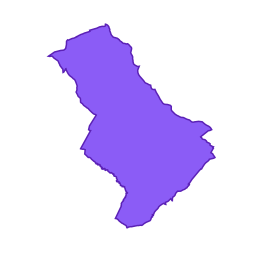 Davidesti, Arges, Romania (Mercator projection), rotated 100°
{"feature_id": "2599482B43743362823664", "entity_name": "Davidesti", "entity_type": "district", "adm_level": 2, "iso_a3": "ROU", "parent_name": "Romania", "parent_adm1": "Arges", "projection": "mercator", "projection_center": [25.041, 45.006], "detail": "fine", "context": "isolated", "style": "filled", "palette": "violet", "viewbox_px": 256, "rotation_deg": 100, "n_neighbors": 0, "source": "geoboundaries", "source_scale": "gbopen_adm2", "svg_char_len": 5795}
<svg xmlns="http://www.w3.org/2000/svg" viewBox="0 0 256 256"><g transform="rotate(100 128 128)"><path d="M71.1,218.8L71.1,217.3L70.6,216.3L70.5,214.9L71.8,213.4L73.5,209.9L73.9,208.8L74.6,208.2L76.5,207.0L77.3,206.3L78.2,205.9L80.5,203.5L81.4,202.4L84.6,201.6L84.2,201.0L83.1,200.6L81.9,200.0L80.6,199.7L80.4,199.4L81.6,198.9L84.3,196.9L85.2,196.1L86.3,194.9L86.8,194.1L87.9,191.9L89.0,190.4L89.5,189.1L90.5,188.2L92.4,187.0L95.5,185.3L96.8,185.4L99.3,184.9L100.8,185.1L101.2,185.3L101.5,185.3L101.9,185.2L104.0,183.5L105.2,182.8L105.6,182.4L106.7,180.5L107.5,179.9L110.8,179.2L111.3,178.6L111.9,177.2L113.4,175.6L114.7,172.9L115.4,171.7L115.4,171.4L115.8,170.4L116.1,170.2L117.5,168.4L117.9,167.7L118.6,166.8L120.0,164.5L120.2,163.9L120.3,163.5L120.3,162.8L120.5,162.1L120.8,161.5L132.6,166.3L136.4,166.5L136.4,166.4L136.7,166.2L136.8,165.7L137.2,165.1L137.1,164.4L156.7,171.1L156.8,170.8L156.7,170.3L156.8,169.1L156.5,168.0L156.7,167.4L156.8,166.4L161.1,166.1L162.4,164.1L163.1,163.2L163.9,162.0L163.8,161.5L163.7,160.9L163.7,160.5L164.1,159.6L164.4,159.2L164.9,158.8L166.4,156.3L166.7,155.9L166.8,155.0L167.6,154.3L167.7,154.1L168.0,154.0L168.6,153.4L168.3,152.9L168.8,152.8L168.8,152.6L168.5,152.5L168.4,152.0L168.5,151.9L168.9,151.7L169.3,151.7L169.5,151.5L169.5,151.1L169.4,150.9L168.8,150.7L168.8,150.4L169.4,149.9L169.1,149.3L169.5,148.8L170.4,148.8L170.6,148.6L170.7,148.4L170.6,148.0L170.7,147.9L171.1,147.7L171.1,147.2L171.3,146.7L171.6,146.7L172.1,146.9L172.2,146.2L172.3,146.1L172.5,146.1L172.6,146.4L172.8,146.5L173.0,145.4L172.3,144.9L172.0,144.5L172.0,143.9L172.3,143.9L172.5,143.8L172.5,143.6L172.4,143.5L173.0,143.2L173.2,143.3L173.4,143.3L173.6,142.6L173.1,142.0L172.8,141.5L172.8,141.1L173.0,140.6L173.5,140.5L174.0,140.2L174.3,139.7L174.9,138.5L175.4,137.9L175.4,137.5L174.9,137.0L174.8,136.8L174.9,136.4L175.3,136.1L175.4,135.3L175.7,134.9L176.2,134.8L176.3,134.5L175.9,134.0L176.2,133.8L177.0,133.8L177.6,133.5L177.8,133.2L177.8,132.1L177.9,131.6L178.1,131.2L178.4,130.8L179.8,130.5L180.0,130.2L180.6,129.6L181.1,129.5L181.5,129.9L181.9,130.2L182.4,130.0L182.8,129.6L182.9,129.1L182.3,128.0L182.5,127.6L183.5,127.4L183.9,127.1L183.6,126.5L184.4,126.0L185.1,125.5L185.5,125.6L185.9,125.4L185.9,124.2L186.8,123.5L186.6,123.3L186.3,123.1L186.2,122.6L186.4,122.2L186.6,121.9L186.4,121.6L186.5,121.2L186.9,121.3L187.2,121.3L187.9,120.4L188.2,120.2L188.6,120.2L190.5,119.2L190.7,118.6L191.2,118.6L191.7,118.2L191.7,117.6L191.9,117.3L192.2,117.3L192.3,117.5L192.2,118.0L192.4,118.4L192.7,118.6L193.3,118.4L194.3,118.2L194.7,118.2L195.9,118.7L196.2,118.4L196.6,118.5L197.0,118.5L197.1,118.9L197.3,119.1L199.9,120.2L200.2,119.8L200.6,119.9L201.7,120.7L203.4,121.5L204.5,121.2L205.5,121.3L205.9,121.0L219.3,124.7L219.3,123.6L219.5,122.7L219.9,122.0L221.2,120.4L222.8,117.4L223.1,116.1L223.6,115.2L224.2,113.3L224.7,112.6L225.8,112.1L226.4,111.7L226.2,111.0L225.6,110.6L225.0,109.1L224.7,108.2L224.6,107.3L223.6,104.8L222.4,101.7L222.3,100.9L221.5,98.5L221.5,97.5L220.8,96.7L219.6,95.8L217.7,93.7L216.1,91.2L215.3,90.1L214.3,89.7L211.6,89.3L211.4,88.6L210.7,88.8L210.0,88.1L209.7,88.7L209.1,88.9L209.0,87.9L206.2,87.3L204.1,86.1L203.1,85.3L201.8,84.5L200.7,84.1L200.4,84.1L199.1,83.2L197.1,81.2L196.0,79.7L196.7,78.2L196.7,77.5L194.8,78.3L194.0,77.0L193.6,76.3L192.9,75.5L191.2,74.4L190.2,73.6L191.9,72.0L191.9,71.7L190.5,71.9L189.2,72.0L188.3,71.9L187.5,71.0L186.2,70.1L184.1,69.7L181.7,68.3L181.1,65.3L180.6,64.5L179.6,63.4L178.4,61.4L177.4,60.7L177.1,60.3L177.0,60.0L176.5,59.5L176.1,59.4L175.6,59.3L174.0,58.1L173.0,57.8L172.7,58.8L171.7,58.2L171.7,57.9L167.5,56.1L157.2,50.2L156.0,49.3L155.7,49.2L155.8,48.8L155.5,48.4L153.4,47.7L150.2,46.3L148.8,45.4L146.5,43.3L145.4,42.6L144.7,42.5L143.4,39.6L143.4,39.4L143.0,38.6L142.2,37.4L141.9,37.2L139.3,39.7L138.5,40.3L138.0,42.1L136.9,41.8L133.1,40.4L132.7,41.1L131.7,40.6L131.5,41.9L131.2,42.4L131.0,43.3L130.8,44.0L130.4,44.3L129.3,44.4L128.6,45.9L128.5,46.8L128.0,48.2L127.6,48.2L127.1,48.6L126.2,50.1L126.1,50.8L126.1,51.5L126.1,52.4L125.6,53.3L124.7,53.8L124.4,54.4L124.4,54.8L124.1,55.0L116.7,48.4L116.3,47.0L115.1,45.3L113.6,46.6L113.2,47.1L112.7,47.9L112.2,49.0L111.6,51.2L110.7,53.2L109.0,56.0L109.2,59.6L110.4,63.5L111.0,64.9L111.0,65.4L110.9,66.3L110.3,67.5L109.9,68.0L109.4,69.0L109.2,71.1L109.0,72.1L108.1,75.1L108.1,75.8L108.3,77.5L108.2,78.0L107.9,79.2L107.4,80.6L107.1,81.9L106.2,84.0L103.6,87.7L102.8,88.4L101.9,88.7L99.3,89.1L98.4,90.0L98.3,90.7L98.0,93.1L98.3,96.0L98.0,97.2L97.5,98.1L95.0,100.5L94.2,101.3L91.4,103.4L88.1,106.3L85.3,108.2L85.7,109.6L85.6,110.7L85.1,111.6L83.9,112.4L81.9,113.1L81.7,114.9L81.0,116.7L80.7,118.3L80.4,119.1L78.6,120.9L76.2,123.9L75.1,125.3L73.6,126.8L71.5,128.0L69.3,128.5L65.3,127.7L65.6,128.4L65.7,129.6L64.8,132.2L64.5,132.6L64.2,133.3L63.8,133.7L61.5,134.7L60.7,134.8L59.5,135.3L58.5,135.6L57.2,135.7L56.8,136.0L56.0,136.4L54.9,137.4L53.5,138.4L49.6,138.2L48.9,138.3L48.0,138.7L47.3,139.9L46.2,141.0L45.9,141.7L45.4,142.3L45.1,143.0L45.1,143.3L45.5,143.9L45.5,145.2L45.3,145.6L45.3,146.0L45.5,147.4L44.9,148.3L44.8,148.8L44.2,149.3L44.1,149.9L43.3,151.4L42.6,151.9L42.4,152.6L42.1,152.8L41.8,153.4L41.8,153.8L41.5,154.1L41.4,154.7L41.4,155.3L41.3,155.8L41.2,156.9L41.3,157.4L40.9,158.7L40.5,159.0L39.6,160.3L39.1,160.6L38.3,161.3L37.8,161.4L36.6,162.1L35.9,162.5L35.7,162.8L35.2,163.0L34.3,163.0L33.8,163.2L32.5,164.1L31.4,164.6L30.2,166.1L29.6,168.0L29.7,168.3L30.0,168.3L30.5,168.1L31.1,168.1L31.7,168.3L31.9,168.6L32.3,170.2L32.3,170.9L33.4,173.6L35.1,176.0L38.4,182.7L39.3,182.2L39.4,182.3L40.0,183.2L42.2,187.6L42.5,187.9L43.4,189.3L44.0,190.5L46.0,193.2L47.2,194.3L47.0,194.6L48.2,195.8L48.9,196.9L49.5,198.5L51.9,202.1L51.7,202.8L53.2,203.6L56.7,203.1L60.6,203.2L62.5,204.8L63.3,207.7L65.9,213.5L71.1,218.8Z" fill="#8b5cf6" stroke="#5b21b6" stroke-width="1.5"/></g></svg>